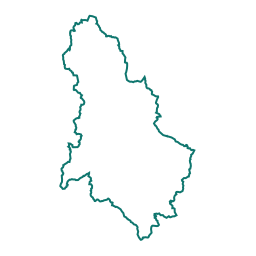 Thoen, Lampang, Thailand, rotated 181°
{"feature_id": "78962969B16981445591053", "entity_name": "Thoen", "entity_type": "district", "adm_level": 2, "iso_a3": "THA", "parent_name": "Thailand", "parent_adm1": "Lampang", "projection": "orthographic", "projection_center": [99.304, 17.548], "detail": "fine", "context": "isolated", "style": "outline", "palette": "teal", "viewbox_px": 256, "rotation_deg": 181, "n_neighbors": 0, "source": "geoboundaries", "source_scale": "gbopen_adm2", "svg_char_len": 5818}
<svg xmlns="http://www.w3.org/2000/svg" viewBox="0 0 256 256"><g transform="rotate(181 128 128)"><path d="M187.4,223.5L187.3,222.5L187.6,222.1L187.3,219.5L186.6,218.9L186.8,216.8L186.2,215.2L186.4,213.2L186.1,211.1L186.2,209.8L187.0,209.3L187.5,208.1L187.4,207.1L187.9,206.8L187.4,205.8L187.8,204.8L189.1,205.8L189.8,204.9L190.3,203.9L192.8,201.7L193.0,201.0L194.2,200.2L194.4,199.4L194.0,197.6L194.0,195.3L193.4,194.1L193.0,190.6L192.1,189.9L192.4,188.4L192.0,186.6L191.5,186.2L189.3,185.9L187.8,186.2L187.3,185.0L185.5,183.8L184.9,182.5L184.1,182.4L183.4,179.7L180.3,179.7L179.9,179.5L178.5,173.2L179.3,172.4L179.8,170.2L182.4,169.4L182.8,169.0L182.9,165.3L182.6,165.0L181.5,165.3L180.6,164.9L178.3,162.3L176.7,162.3L175.6,160.4L174.6,159.9L175.8,157.8L175.7,157.2L174.7,156.8L172.4,154.1L172.1,152.8L172.5,151.2L172.9,150.8L174.0,150.4L175.1,150.5L175.3,149.3L176.2,148.0L175.8,146.6L175.8,145.3L176.4,144.5L176.8,143.2L176.6,142.5L175.9,141.8L176.2,141.5L176.1,140.9L176.5,139.4L177.1,138.6L176.8,137.4L177.6,137.0L178.6,137.1L180.0,136.6L182.4,134.6L182.3,133.3L180.3,130.2L180.3,128.8L179.7,127.6L179.9,126.0L180.5,125.6L180.4,125.1L181.2,122.8L179.8,122.1L179.3,120.9L177.6,121.3L176.3,121.1L174.9,120.7L174.8,120.1L174.2,119.4L175.1,118.3L174.8,117.5L175.0,116.2L175.7,115.1L176.4,114.7L176.4,114.0L177.1,113.6L177.0,113.1L176.4,113.0L176.1,112.6L176.1,110.8L176.8,110.1L177.0,109.1L178.1,108.0L182.6,107.8L183.2,108.4L183.3,110.0L184.3,110.4L185.2,111.3L187.0,111.5L186.5,110.0L186.8,109.4L186.6,108.6L187.3,108.2L185.5,106.7L185.9,105.4L185.0,104.9L185.2,104.0L184.7,103.2L185.6,101.0L184.9,96.3L185.4,95.8L185.9,93.0L187.4,93.1L188.5,92.0L191.1,90.4L191.6,89.7L192.1,89.6L191.9,88.8L192.3,87.5L193.1,86.9L193.8,86.0L193.5,84.1L192.9,83.8L192.5,82.3L192.0,81.9L191.9,81.2L192.1,80.7L192.7,80.2L192.7,79.6L193.4,79.2L193.0,75.3L193.1,72.9L194.1,71.0L194.7,68.8L194.1,68.0L193.3,67.5L192.2,66.0L190.2,66.2L189.5,67.4L188.6,67.8L188.5,68.8L187.5,69.3L187.3,70.3L188.2,71.0L187.5,73.3L186.7,74.3L185.5,75.3L184.5,75.3L183.2,75.9L182.2,75.6L180.1,75.6L179.3,75.0L177.0,75.1L174.9,77.1L172.5,78.3L171.7,79.4L170.9,79.2L168.2,81.4L167.2,81.6L166.1,82.4L166.1,81.7L166.8,79.2L164.4,77.5L164.1,76.4L164.4,75.6L163.8,74.6L165.3,73.6L165.7,71.1L163.8,71.0L162.9,69.6L162.9,67.4L163.8,66.7L163.6,65.3L164.2,64.8L163.6,63.3L163.8,62.0L164.2,61.6L164.2,60.5L164.0,59.7L163.1,58.6L162.0,57.9L161.4,56.4L160.9,56.1L160.0,54.4L159.4,54.4L157.6,56.0L156.6,55.8L154.9,54.2L153.9,54.1L152.8,54.6L152.0,54.5L150.9,55.2L147.9,55.9L146.6,57.1L146.1,56.9L145.0,55.8L144.5,54.2L143.4,53.2L142.5,53.3L142.1,53.1L142.6,50.5L141.7,50.5L141.2,49.9L139.9,49.5L139.2,48.8L138.1,49.0L137.1,48.6L134.0,46.6L132.6,44.4L131.2,42.9L130.2,39.5L128.1,38.5L127.6,37.5L126.7,37.2L126.4,36.6L124.0,35.4L123.5,34.0L121.9,33.4L120.5,31.8L118.4,31.2L117.1,29.7L116.7,28.9L117.0,27.5L116.0,24.6L116.6,21.8L115.1,18.7L113.4,16.5L112.5,16.6L111.3,17.7L111.3,18.6L110.9,18.9L109.8,18.8L108.9,19.1L106.2,18.8L105.5,19.4L105.0,20.8L102.6,23.7L103.2,27.3L102.9,29.5L102.2,30.5L101.6,30.8L97.3,30.4L96.2,30.7L95.4,31.7L96.9,34.7L96.9,35.7L98.0,36.3L98.5,37.8L99.8,38.7L99.5,39.9L98.4,40.0L98.3,40.3L98.9,40.9L100.1,41.0L100.0,42.5L97.9,42.9L96.9,42.6L95.3,43.1L93.9,41.4L91.6,41.5L90.4,40.1L87.9,38.9L85.6,40.5L84.7,39.6L83.9,39.5L81.9,40.4L80.1,40.5L78.0,41.6L79.8,44.7L80.0,48.1L81.1,48.7L82.3,48.6L82.1,50.8L83.0,51.8L84.6,53.0L84.7,53.5L83.7,54.5L84.8,54.8L84.9,55.1L84.1,56.1L81.6,55.6L80.6,56.3L80.4,57.3L80.7,59.0L80.5,59.9L80.0,61.3L78.4,62.6L79.0,63.8L78.4,64.9L77.0,65.0L74.8,64.6L72.4,65.9L71.7,68.3L72.0,69.6L71.6,71.5L72.2,72.4L72.3,73.2L71.8,75.3L72.9,76.0L73.2,77.0L71.2,78.9L69.4,78.9L67.5,80.2L66.3,80.6L66.4,81.5L65.9,82.3L65.9,83.3L65.2,83.9L66.1,87.5L66.0,87.8L65.0,88.4L64.5,91.1L64.8,93.7L65.2,94.1L65.6,96.4L65.4,97.2L64.9,97.8L65.3,98.8L64.3,101.1L64.4,102.3L62.9,103.5L61.3,106.8L62.7,107.3L64.1,107.0L64.7,107.3L65.8,108.9L66.7,108.6L68.0,108.9L67.9,110.2L68.3,110.8L68.8,110.8L68.6,111.7L69.1,112.1L69.5,112.1L70.4,111.0L71.5,110.8L72.7,112.1L74.1,112.3L75.6,113.0L78.1,114.9L80.1,115.4L81.0,117.4L84.3,119.3L87.9,120.3L88.4,120.2L88.9,120.8L89.4,120.6L92.7,121.5L97.0,125.2L97.5,126.9L98.6,127.9L99.4,129.6L100.3,130.8L100.9,131.0L102.1,133.0L101.0,134.9L99.1,136.4L98.6,137.1L98.6,138.0L99.6,138.8L99.2,139.6L95.6,140.1L95.9,141.0L96.6,141.2L97.0,142.4L100.2,143.8L99.4,145.0L99.5,146.0L99.3,148.4L98.6,149.4L98.4,151.3L98.8,152.1L100.3,153.1L100.5,153.9L99.5,157.1L98.4,159.5L98.5,160.1L100.9,160.2L103.2,161.6L104.5,162.0L104.8,162.6L104.5,164.8L105.1,165.5L105.3,166.2L106.4,166.5L107.1,167.5L108.4,168.0L109.3,168.0L110.0,168.6L110.4,169.7L110.4,171.5L111.5,173.4L111.3,175.5L111.8,176.4L111.7,177.6L112.3,179.3L114.4,176.1L115.8,174.6L116.3,174.4L119.6,175.3L120.9,174.7L122.2,174.7L123.5,173.9L125.1,174.4L126.8,174.3L128.2,174.9L129.9,176.1L131.4,182.3L130.8,183.8L130.1,187.3L129.9,190.1L130.0,192.6L130.4,193.2L131.8,193.3L132.2,193.6L132.1,196.7L131.8,198.5L133.8,201.5L134.7,202.4L134.8,204.9L136.9,205.0L137.3,206.5L138.1,207.3L138.2,209.3L139.2,210.6L138.3,211.1L138.5,212.9L139.7,215.7L140.0,217.2L142.0,218.4L143.3,218.2L143.9,218.6L145.6,218.5L146.6,219.6L147.4,219.2L148.6,219.8L149.7,219.7L150.7,219.2L151.5,219.3L151.5,220.5L152.1,221.4L153.4,222.2L154.2,223.2L155.3,223.4L156.3,224.7L157.3,225.4L157.8,227.6L158.7,228.7L159.0,229.7L159.8,230.4L160.4,231.5L161.4,231.8L160.9,232.5L160.7,234.3L161.2,234.8L162.1,237.9L165.4,239.1L168.2,239.5L168.7,239.0L170.4,234.6L171.8,235.1L173.5,235.2L175.4,235.0L176.4,235.4L176.7,234.9L176.2,233.9L176.0,232.7L177.0,232.9L178.0,232.5L178.5,231.5L179.1,231.0L180.2,230.9L181.4,232.2L182.4,232.0L182.7,229.7L183.9,228.7L184.3,227.6L184.1,226.6L182.9,224.3L183.7,224.0L184.9,224.7L185.9,224.7L186.9,224.4L187.4,223.5Z" fill="none" stroke="#0f766e" stroke-width="2"/></g></svg>